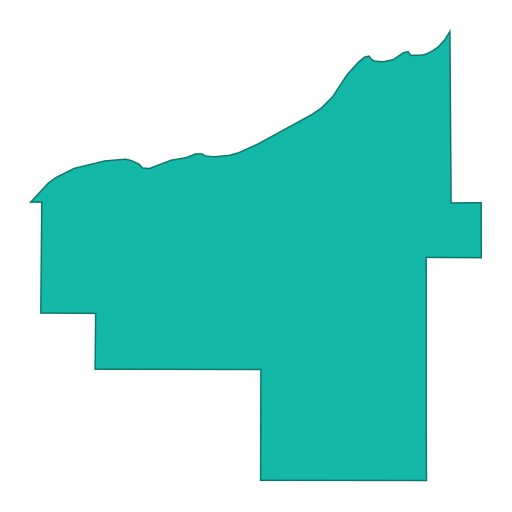 Ontonagon, Michigan, United States of America (orthographic projection)
{"feature_id": "52423323B11182696973268", "entity_name": "Ontonagon", "entity_type": "district", "adm_level": 2, "iso_a3": "USA", "parent_name": "United States of America", "parent_adm1": "Michigan", "projection": "orthographic", "projection_center": [-89.321, 46.682], "detail": "fine", "context": "isolated", "style": "filled", "palette": "teal", "viewbox_px": 512, "rotation_deg": 0, "n_neighbors": 0, "source": "geoboundaries", "source_scale": "gbopen_adm2", "svg_char_len": 730}
<svg xmlns="http://www.w3.org/2000/svg" viewBox="0 0 512 512"><path d="M426.2,424.5L426.2,257.4L481.3,257.7L481.2,202.7L451.1,203.0L449.9,31.5L445.2,39.2L438.5,46.7L432.7,50.8L426.4,54.0L421.5,55.2L410.7,55.4L408.1,51.6L403.5,52.7L393.2,59.7L382.9,61.8L374.3,61.1L371.3,59.2L369.0,56.1L364.5,57.2L358.4,62.2L347.2,74.6L332.7,96.7L321.1,108.3L311.9,114.5L258.0,144.0L239.0,152.6L229.4,155.4L214.3,156.8L205.6,156.1L202.2,154.0L195.7,153.9L186.1,157.7L171.2,160.2L149.4,168.5L142.5,168.1L139.3,164.3L131.3,160.6L125.7,159.2L105.1,160.9L74.2,168.4L56.0,177.5L48.6,182.8L30.7,202.1L41.8,202.2L40.8,313.0L95.7,313.4L95.1,369.2L260.9,369.5L260.6,480.3L426.5,480.5L426.2,424.5Z" fill="#14b8a6" stroke="#0f766e" stroke-width="1.5"/></svg>